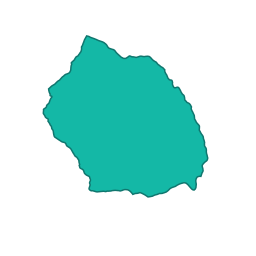 Denchhukha, Samchi, Bhutan (Mercator projection), rotated 299°
{"feature_id": "84629894B1832791956678", "entity_name": "Denchhukha", "entity_type": "district", "adm_level": 2, "iso_a3": "BTN", "parent_name": "Bhutan", "parent_adm1": "Samchi", "projection": "mercator", "projection_center": [89.277, 27.026], "detail": "fine", "context": "isolated", "style": "filled", "palette": "teal", "viewbox_px": 256, "rotation_deg": 299, "n_neighbors": 0, "source": "geoboundaries", "source_scale": "gbopen_adm2", "svg_char_len": 5794}
<svg xmlns="http://www.w3.org/2000/svg" viewBox="0 0 256 256"><g transform="rotate(299 128 128)"><path d="M188.5,47.2L184.0,47.2L181.7,47.6L180.0,47.8L178.9,48.0L178.3,48.1L177.7,48.1L177.1,48.1L176.6,48.0L176.1,48.2L175.6,48.5L175.1,48.8L174.6,49.1L174.1,49.3L172.9,49.6L172.4,49.8L171.8,49.8L171.2,49.7L170.7,49.6L169.5,49.6L168.4,49.4L167.2,49.3L166.6,49.2L166.1,48.9L165.7,48.5L165.2,48.2L164.6,48.1L163.4,48.0L162.3,48.0L161.7,48.1L161.1,47.9L160.6,47.7L160.0,47.5L159.5,47.4L158.4,47.0L157.9,46.8L157.3,46.9L157.0,47.4L156.6,47.8L156.1,47.9L154.9,48.1L154.4,48.3L153.8,48.5L151.2,49.7L150.7,49.9L149.5,50.0L148.9,50.0L148.4,50.0L147.8,49.9L147.3,49.6L146.8,49.3L145.9,48.6L144.7,47.5L144.2,47.2L143.7,47.0L143.0,46.7L142.4,46.6L141.9,46.4L141.4,46.1L140.9,45.9L140.3,45.7L137.5,45.1L136.9,45.0L136.4,44.8L135.5,44.2L134.4,43.7L134.0,43.6L132.3,43.1L131.7,43.0L130.6,42.6L130.1,42.3L129.6,42.0L128.1,41.1L127.6,40.9L126.5,40.5L124.8,40.0L124.3,39.8L123.7,39.6L122.8,40.3L122.4,40.6L121.1,41.8L120.7,42.3L120.4,42.7L120.1,43.3L119.7,43.6L119.1,43.8L118.6,44.2L118.5,44.7L118.7,45.3L118.8,45.8L118.4,46.3L117.9,46.4L117.3,46.3L116.7,46.2L116.2,46.2L115.6,46.2L113.3,46.5L112.1,46.8L111.0,46.7L110.4,46.5L109.3,46.1L108.8,46.0L108.2,46.0L107.6,46.1L107.1,46.4L106.5,46.4L106.0,46.3L105.4,46.0L104.9,45.8L104.4,45.4L103.9,45.2L103.3,45.1L102.8,45.4L102.3,45.7L101.8,45.9L100.2,46.6L99.7,46.9L99.4,47.3L99.2,47.8L98.6,48.9L98.3,49.4L97.4,50.6L97.2,51.7L97.1,52.5L97.2,53.5L96.6,54.2L95.1,54.8L94.9,55.4L94.5,56.1L93.8,57.5L93.3,58.0L92.9,58.6L92.6,59.4L92.3,60.0L91.9,60.6L91.3,61.0L90.7,61.5L90.3,62.0L90.0,62.7L89.7,63.4L89.3,63.9L88.8,64.3L87.2,65.5L86.7,65.9L86.1,66.4L85.6,66.9L85.0,67.5L84.6,68.2L84.1,73.6L84.1,74.3L84.0,75.2L83.9,76.2L83.9,77.2L84.5,79.4L84.5,80.1L84.4,80.7L83.9,81.6L83.5,81.9L83.1,82.5L82.7,83.2L82.6,83.9L82.5,85.4L82.5,86.1L82.4,86.8L82.2,87.5L82.0,88.2L81.7,88.7L81.4,89.2L81.0,89.9L80.4,90.8L79.3,92.6L78.9,93.5L78.5,94.0L77.9,95.2L77.6,95.7L77.7,96.9L77.5,97.6L77.0,98.6L76.6,99.3L76.3,100.0L76.0,100.4L75.7,100.8L75.1,101.2L74.6,101.6L74.0,102.0L72.7,103.4L71.7,103.4L71.3,103.9L70.7,104.4L70.2,104.9L69.9,105.3L69.7,105.8L69.7,106.4L69.7,107.1L69.8,107.8L69.7,108.5L69.6,109.1L69.3,109.6L68.9,110.1L68.5,110.6L67.6,111.5L67.2,112.1L66.8,113.6L66.7,114.3L66.7,115.0L66.7,115.7L66.8,116.4L66.8,117.1L66.8,117.8L66.4,118.2L65.9,118.7L65.5,119.2L65.2,119.6L64.8,120.0L64.3,120.4L63.5,120.7L62.8,120.7L62.0,120.8L61.3,121.0L60.8,121.5L60.1,122.3L59.5,122.6L58.7,122.7L57.9,122.9L57.2,123.0L56.4,123.2L55.8,123.5L55.5,124.0L55.2,124.9L55.2,126.2L56.0,127.5L56.8,131.1L57.3,132.2L60.8,137.2L61.6,139.4L62.8,140.5L63.1,141.2L64.7,143.7L65.1,144.0L65.6,144.6L66.3,145.5L66.5,146.0L67.0,146.5L67.5,147.5L68.3,149.3L68.9,150.6L69.1,151.6L69.9,152.5L70.7,153.3L71.2,153.6L72.4,154.8L72.8,155.4L73.4,156.7L73.8,157.7L73.9,159.2L73.7,160.5L73.6,161.0L72.7,163.6L72.3,164.4L73.7,165.6L74.4,166.3L74.7,166.8L75.5,168.0L77.3,169.8L77.6,171.4L77.7,173.7L77.7,175.8L77.4,178.9L78.6,180.5L80.2,182.4L82.2,183.8L84.2,185.9L85.9,187.2L87.2,189.4L89.2,191.3L90.6,192.5L92.7,193.4L95.5,194.2L97.2,195.3L100.0,197.8L101.8,198.7L104.0,200.2L105.6,201.7L107.2,203.4L107.7,204.5L107.9,205.7L107.5,207.8L106.2,211.3L105.5,213.3L105.4,214.8L105.8,215.9L107.2,216.4L108.8,216.3L112.0,214.9L113.6,213.6L114.8,212.8L116.3,212.3L117.7,212.2L119.0,212.4L120.5,214.0L121.0,215.2L124.9,214.5L126.0,214.6L127.0,214.4L128.8,213.1L130.0,211.9L130.4,211.6L130.9,211.2L131.8,211.0L132.7,211.1L134.5,211.5L136.0,212.0L137.2,212.6L137.9,212.8L139.1,212.7L140.4,212.3L141.0,211.7L142.8,210.1L143.4,209.4L145.3,207.9L145.9,207.7L147.5,206.7L148.3,205.8L149.1,204.2L149.3,203.8L150.1,203.2L151.5,202.4L152.5,202.0L153.9,200.7L154.9,199.6L155.2,199.2L156.2,198.5L156.9,197.9L157.7,196.7L158.1,195.7L158.7,194.5L159.0,194.1L159.3,193.5L159.7,193.1L160.5,191.7L160.8,191.3L162.3,190.6L163.9,189.8L164.4,189.4L164.9,188.5L165.6,186.4L165.8,185.8L166.1,185.2L166.4,184.6L167.4,183.3L168.1,181.9L168.6,181.6L169.6,180.9L170.8,180.1L171.3,179.6L172.3,178.2L173.5,176.6L174.2,175.4L175.4,174.0L175.9,173.7L177.2,173.3L177.4,172.9L178.3,171.7L178.9,170.4L179.1,169.7L179.1,168.7L179.0,167.5L179.0,166.9L179.4,166.3L179.8,165.0L180.0,164.2L180.5,163.8L182.3,162.5L183.0,161.8L183.4,161.4L183.7,160.8L183.8,160.2L183.9,159.7L184.0,159.1L184.3,158.6L185.1,157.1L186.2,155.7L186.8,154.7L187.4,153.7L187.7,153.2L187.8,152.8L187.9,152.3L187.8,151.7L187.5,151.2L186.2,150.0L185.9,149.5L185.7,149.0L185.8,148.4L186.1,147.9L186.4,147.4L186.7,146.9L187.5,146.0L187.9,145.6L188.4,145.3L188.9,145.1L189.4,144.9L190.5,143.9L190.9,143.3L190.9,142.7L190.7,142.2L190.5,141.6L190.3,141.1L190.3,140.5L190.6,140.0L190.7,139.4L190.9,138.9L191.6,138.0L192.4,137.1L192.7,136.6L193.1,136.2L193.4,135.7L193.9,134.6L194.3,134.1L194.9,133.2L195.3,132.8L195.8,132.4L196.8,131.9L197.2,130.4L197.4,129.9L197.6,129.3L197.6,128.7L197.6,128.2L197.6,127.6L197.6,127.0L197.7,126.4L198.0,125.3L198.1,123.6L198.3,123.0L198.5,122.5L199.0,121.4L199.2,120.9L199.3,120.3L199.2,119.7L199.3,118.6L199.3,118.0L199.4,117.4L199.5,116.8L199.8,115.7L200.0,115.2L200.2,114.6L200.4,114.1L200.7,112.9L200.8,112.4L200.8,111.8L200.6,111.2L200.4,110.7L200.2,110.2L199.1,108.6L198.7,108.1L198.4,107.8L198.2,107.3L197.8,106.5L197.4,105.1L197.0,104.4L196.7,103.8L195.9,103.1L195.6,102.8L194.3,101.6L193.9,101.2L193.6,100.7L193.3,99.6L192.7,97.9L192.4,97.4L192.2,96.9L192.1,96.3L192.0,95.1L191.6,94.2L190.6,93.8L187.9,92.4L186.9,90.8L186.7,90.1L186.7,88.8L186.6,88.2L186.7,87.5L187.9,82.4L188.3,81.1L189.4,78.7L189.5,77.8L189.4,76.7L189.2,76.2L188.6,72.9L188.8,71.6L190.4,68.8L190.8,67.2L190.8,66.6L191.0,65.9L191.0,64.3L190.8,63.0L190.2,59.8L190.0,57.0L189.9,56.5L189.7,54.8L189.1,51.3L189.1,49.4L188.5,47.2Z" fill="#14b8a6" stroke="#0f766e" stroke-width="1.5"/></g></svg>